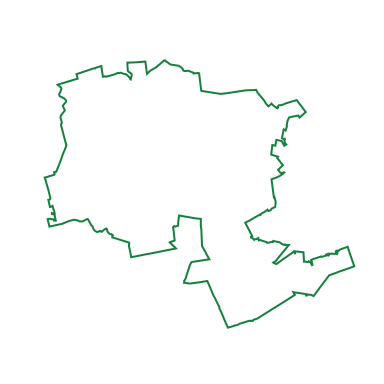 Deleni, Constanta, Romania, rotated 260°
{"feature_id": "2599482B62281823725269", "entity_name": "Deleni", "entity_type": "district", "adm_level": 2, "iso_a3": "ROU", "parent_name": "Romania", "parent_adm1": "Constanta", "projection": "natural_earth1", "projection_center": [28.022, 44.057], "detail": "fine", "context": "isolated", "style": "outline", "palette": "green", "viewbox_px": 384, "rotation_deg": 260, "n_neighbors": 0, "source": "geoboundaries", "source_scale": "gbopen_adm2", "svg_char_len": 5942}
<svg xmlns="http://www.w3.org/2000/svg" viewBox="0 0 384 384"><g transform="rotate(260 192 192)"><path d="M56.0,234.4L56.2,234.7L57.9,238.9L63.8,253.3L63.7,253.4L72.8,275.4L75.9,274.4L75.2,276.0L71.7,286.4L71.4,286.2L70.8,286.3L70.1,286.6L70.0,287.0L71.0,288.1L70.6,288.7L70.7,289.0L70.1,291.1L69.7,292.1L69.3,292.3L68.4,293.7L74.5,300.2L75.2,300.8L86.1,312.6L86.9,317.5L88.2,323.9L89.3,331.1L90.7,338.9L103.8,336.8L111.0,335.8L110.1,330.4L109.6,327.6L107.9,325.0L108.0,324.8L109.1,324.6L109.0,324.0L108.6,323.4L108.4,323.2L107.1,323.4L106.1,324.4L105.6,324.0L106.2,323.2L106.4,320.9L107.1,318.9L107.0,316.9L107.6,316.4L107.4,315.2L105.8,315.5L105.7,315.1L105.9,315.0L106.5,314.8L106.8,314.5L107.2,314.3L107.1,313.3L106.4,313.5L106.1,312.8L106.0,312.3L106.0,311.6L105.7,310.2L105.7,308.2L106.1,307.9L105.3,302.9L105.0,300.3L104.4,297.6L104.3,297.4L104.0,297.4L102.7,297.9L101.5,297.8L99.3,298.0L99.1,297.4L101.8,296.6L103.5,294.9L102.7,293.8L103.7,292.1L103.9,290.2L113.3,291.3L115.8,282.8L113.8,283.0L113.7,282.8L115.6,282.1L111.3,272.9L110.1,270.2L106.4,262.7L107.3,261.0L108.4,259.8L109.1,261.4L109.3,262.2L109.6,262.8L111.9,265.2L113.4,267.0L114.8,268.5L115.4,269.3L116.5,270.4L117.3,271.5L119.4,273.9L120.5,275.3L123.0,278.1L123.6,275.2L124.2,274.5L123.9,274.2L123.9,273.9L123.9,273.7L124.3,273.3L124.3,272.6L124.5,272.3L126.8,270.0L127.3,269.4L127.8,268.5L128.2,267.1L128.8,265.8L129.0,265.0L129.7,263.5L129.2,263.3L128.8,263.1L128.7,262.8L129.1,261.4L128.8,259.5L128.9,257.1L129.9,256.6L130.2,255.7L132.4,251.6L133.0,250.7L133.1,250.4L133.1,250.2L132.7,249.9L132.7,249.4L134.1,249.2L134.3,249.0L135.1,249.2L134.9,248.4L134.6,247.9L134.4,247.4L134.4,246.6L134.6,245.5L134.5,245.0L134.2,244.8L135.4,244.1L136.5,243.1L136.7,242.4L137.5,242.3L138.1,243.7L152.4,239.1L153.3,241.3L153.5,242.1L153.5,242.6L157.3,252.9L157.4,253.9L158.0,255.0L157.6,255.3L157.8,255.6L158.1,255.8L158.8,256.9L159.8,259.9L161.5,263.3L160.0,263.9L160.1,265.1L160.3,265.9L160.5,266.4L161.0,267.0L161.7,267.5L161.9,267.9L162.8,271.3L167.5,272.7L172.6,272.3L172.5,271.7L190.7,272.5L191.6,277.5L191.8,278.9L193.0,282.3L193.8,284.0L195.2,286.3L195.3,286.2L195.4,285.7L195.1,284.7L194.8,283.9L194.8,283.6L195.5,282.7L196.2,282.1L198.9,280.6L202.6,286.2L205.3,284.6L207.6,283.5L210.7,281.8L211.8,282.8L215.1,276.5L224.3,279.3L223.1,282.1L228.7,284.1L226.6,289.2L221.6,290.8L222.4,293.1L224.3,292.0L227.7,291.9L227.8,292.6L228.3,292.6L228.2,291.5L229.3,289.9L237.7,293.2L236.5,294.6L236.3,294.8L240.2,296.9L241.4,296.9L245.6,298.5L248.6,300.6L248.8,306.1L248.8,310.0L246.6,310.9L251.0,317.9L264.3,311.1L263.5,303.7L263.0,300.0L262.0,295.4L262.0,294.8L262.2,294.0L262.3,292.5L261.2,291.3L260.2,291.4L260.0,290.6L259.7,290.5L260.0,290.0L260.9,289.1L264.7,285.8L265.2,285.6L263.1,282.1L263.7,281.6L266.4,280.1L268.4,279.4L269.8,278.8L273.1,276.9L276.5,274.9L278.5,273.9L281.5,272.8L281.5,271.6L282.8,262.5L283.2,244.4L283.6,237.3L289.9,218.9L290.2,218.7L290.6,218.7L307.6,219.6L307.9,219.4L308.1,218.8L308.4,214.3L308.9,214.4L309.3,214.1L309.5,213.5L310.2,212.5L310.4,212.1L312.0,209.6L312.4,205.8L312.9,204.9L313.2,204.5L313.7,204.3L314.9,204.2L315.4,204.0L318.5,201.1L318.8,200.3L319.9,196.9L321.3,193.1L321.6,192.6L322.8,191.5L325.7,188.6L326.4,188.3L326.4,187.4L320.8,177.9L319.0,172.6L316.2,168.2L328.6,168.7L329.4,159.6L330.6,150.8L329.5,150.7L328.7,150.5L323.1,149.9L322.1,149.9L321.2,150.7L319.0,152.9L318.6,153.1L317.0,152.7L313.4,151.2L313.6,150.9L314.8,150.7L315.3,150.5L318.2,148.6L319.2,147.7L320.4,144.9L321.5,143.1L321.8,142.8L321.9,140.2L322.1,139.1L321.4,136.8L320.8,131.5L320.5,127.1L320.6,126.7L321.1,126.3L321.0,124.3L327.9,124.4L331.8,124.6L331.0,118.5L330.9,118.1L330.5,117.8L330.8,117.3L330.8,116.6L328.1,98.7L323.5,99.1L321.0,78.3L317.9,80.9L317.3,81.2L316.7,81.3L316.1,81.2L313.6,79.8L311.9,78.5L311.4,78.2L310.9,78.1L309.7,78.2L309.1,78.6L306.7,82.1L304.6,83.6L303.8,83.8L302.9,83.6L302.5,83.4L301.8,82.6L300.2,80.6L299.7,80.0L299.1,79.7L295.2,80.8L294.4,80.8L293.9,80.5L292.1,78.3L289.7,75.9L288.2,75.4L282.7,75.9L281.7,75.0L280.8,74.6L260.4,76.3L260.0,76.5L255.6,74.0L252.8,72.1L242.7,66.3L235.5,61.8L235.6,60.5L235.5,59.6L233.6,59.9L233.2,59.7L232.9,59.4L232.4,55.1L232.4,54.2L232.2,53.4L231.9,52.0L231.8,49.5L220.0,50.8L211.9,51.4L210.1,51.4L209.7,51.1L209.4,50.8L209.3,50.4L209.3,49.3L209.3,49.2L201.9,49.5L201.9,50.4L202.6,52.2L198.7,52.6L198.1,52.8L197.0,53.0L194.6,53.0L195.6,50.5L194.5,50.4L193.9,52.6L187.5,52.9L187.7,51.1L188.6,51.1L189.1,50.8L189.7,48.7L190.2,47.9L190.4,46.2L190.3,45.1L182.7,45.6L183.2,58.5L184.8,66.1L185.0,68.2L185.1,70.9L185.0,71.7L183.8,74.6L182.6,76.1L182.1,78.5L182.2,79.8L183.4,83.3L183.5,84.6L182.8,85.0L181.1,85.6L177.1,86.9L175.8,87.9L173.4,88.4L172.0,88.9L171.1,89.4L170.3,90.0L169.2,91.4L169.1,92.0L169.1,92.6L169.2,93.1L169.4,93.8L169.7,94.5L169.7,94.8L169.6,95.1L168.7,95.6L168.5,95.9L168.7,96.5L170.3,99.2L170.9,101.2L170.7,101.5L169.9,101.8L168.2,101.9L167.0,102.2L166.4,102.6L164.9,103.8L164.6,104.3L164.4,105.4L163.9,105.8L163.2,105.9L163.3,106.1L163.5,106.2L163.4,106.4L163.0,106.5L162.3,106.0L161.2,105.6L153.0,121.4L152.6,121.4L150.6,120.7L148.4,120.5L145.8,120.7L138.3,120.8L138.7,138.9L138.6,139.2L139.2,166.4L146.3,161.3L146.4,161.5L146.8,164.2L147.2,166.5L155.9,167.1L157.2,167.1L160.7,167.3L161.5,168.6L160.8,169.5L161.2,172.4L164.7,173.2L171.1,175.2L165.4,191.0L164.0,196.0L157.1,194.8L153.5,194.7L137.1,192.5L132.3,194.1L131.3,194.6L129.3,195.1L122.7,197.4L123.1,179.4L120.6,177.3L108.0,170.7L107.1,170.1L105.8,168.8L104.7,168.8L104.0,168.4L103.5,170.2L103.1,171.0L102.2,174.2L101.8,182.9L101.7,191.6L96.5,192.9L86.6,195.1L84.7,195.8L76.0,198.3L74.4,198.9L73.7,199.0L73.1,198.7L72.7,198.7L72.0,198.9L70.7,199.4L69.1,199.7L68.8,199.9L60.7,201.7L52.2,203.8L52.7,208.9L53.1,210.7L53.0,212.8L53.3,214.2L54.0,215.9L55.0,224.0L55.2,226.6L54.9,227.1L54.9,227.7L54.9,228.5L54.5,228.9L54.4,229.2L54.5,229.6L55.3,230.2L55.5,230.7L56.0,234.4Z" fill="none" stroke="#15803d" stroke-width="2"/></g></svg>